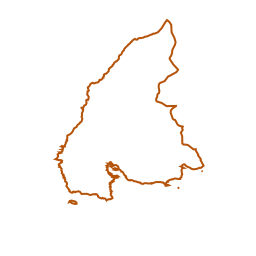 outline of Kaldrananeshreppur, Vestfirðir, Iceland, rotated 62°
{"feature_id": "244011B77106600698129", "entity_name": "Kaldrananeshreppur", "entity_type": "district", "adm_level": 2, "iso_a3": "ISL", "parent_name": "Iceland", "parent_adm1": "Vestfirðir", "projection": "orthographic", "projection_center": [-21.462, 65.822], "detail": "fine", "context": "isolated", "style": "outline", "palette": "amber", "viewbox_px": 256, "rotation_deg": 62, "n_neighbors": 0, "source": "geoboundaries", "source_scale": "gbopen_adm2", "svg_char_len": 5931}
<svg xmlns="http://www.w3.org/2000/svg" viewBox="0 0 256 256"><g transform="rotate(62 128 128)"><path d="M51.0,43.0L52.4,45.9L55.7,51.4L57.5,56.6L57.2,60.1L56.5,61.5L56.8,62.3L56.5,63.1L56.1,67.1L56.1,68.5L55.4,69.7L55.4,71.9L54.6,74.6L53.9,75.7L53.9,77.8L54.3,78.5L53.5,79.6L52.5,80.1L52.9,83.3L53.6,84.4L53.5,85.2L54.2,86.4L54.2,87.2L54.6,87.9L54.5,88.5L55.0,89.5L55.9,92.8L56.6,94.4L57.5,95.2L57.8,96.7L59.7,99.2L59.9,99.9L59.8,101.4L60.7,102.5L62.7,103.7L63.8,106.7L63.5,107.5L63.9,109.0L63.9,109.6L65.1,111.1L65.2,112.0L66.0,112.7L66.0,113.9L66.2,114.1L66.8,117.0L68.8,118.5L69.8,121.7L69.4,123.0L69.6,124.3L70.9,124.8L71.4,125.6L71.4,126.0L71.8,126.1L71.6,126.5L72.6,127.6L72.8,129.6L72.2,130.1L72.2,130.6L73.2,131.6L73.6,133.2L72.9,135.3L72.9,136.6L72.7,137.1L71.4,138.0L71.5,140.5L72.7,142.2L73.2,143.3L73.1,144.0L73.5,144.6L76.6,145.1L76.7,146.6L77.7,147.0L79.1,148.3L82.0,148.0L84.1,149.5L84.4,150.1L83.7,151.0L83.7,151.3L84.1,152.0L86.5,152.9L87.7,154.3L87.6,156.2L89.1,157.8L89.2,158.5L88.6,158.9L89.2,159.5L90.8,159.0L92.1,160.1L93.2,161.7L95.6,162.8L96.3,163.8L98.3,163.9L100.2,165.7L100.6,166.6L100.7,168.0L101.2,168.5L101.7,171.4L103.0,173.0L102.9,174.9L103.1,175.9L105.0,178.4L105.9,180.2L106.3,182.3L106.2,185.1L109.9,187.3L109.7,188.7L110.2,187.8L110.6,187.7L111.1,188.4L111.3,189.6L112.4,190.1L113.6,192.0L114.6,192.3L114.0,193.4L114.7,194.0L114.1,194.7L114.4,195.1L115.0,194.7L116.4,195.7L116.1,196.5L116.7,196.0L117.7,196.9L118.1,198.4L117.5,199.6L118.4,199.1L118.0,201.4L118.2,202.5L120.3,203.0L121.0,204.4L121.5,204.7L121.5,206.6L124.0,204.1L124.3,203.1L125.2,202.0L125.5,202.2L125.2,203.1L126.3,201.7L127.2,202.5L127.3,204.9L127.7,206.2L128.4,206.5L129.2,206.0L129.9,206.2L130.1,206.9L130.9,206.1L133.1,205.8L133.9,206.8L135.7,206.7L136.9,207.7L139.4,206.8L139.9,207.1L139.5,207.7L139.9,207.8L141.9,207.1L142.3,207.9L141.5,207.9L141.7,208.3L142.8,207.6L144.0,207.5L145.6,208.6L147.3,207.7L148.9,208.1L150.4,209.7L155.4,208.9L156.0,209.0L156.1,209.4L157.8,208.8L159.0,207.7L159.0,207.1L158.5,206.6L158.5,206.0L160.0,204.7L159.8,204.1L160.7,201.3L161.8,200.4L164.4,200.0L166.8,195.2L169.6,192.6L170.2,189.4L171.0,188.5L171.1,187.7L171.6,187.5L171.8,186.7L173.7,186.3L174.4,186.7L175.9,186.1L177.9,184.3L177.8,183.2L178.7,182.9L179.0,182.0L179.8,181.1L181.8,181.0L181.6,180.5L181.8,180.1L181.8,178.4L182.6,177.2L182.5,176.2L182.8,175.8L182.5,175.2L182.6,174.6L181.2,174.3L179.1,174.7L177.8,173.9L177.8,173.4L177.5,173.1L175.8,173.2L175.1,172.6L175.4,172.2L173.7,172.5L172.5,171.3L171.4,171.8L170.9,171.2L171.1,170.7L169.8,170.4L169.6,170.0L169.0,170.6L168.0,170.0L168.3,168.9L167.9,168.7L168.5,167.3L168.1,167.1L168.2,166.5L167.8,166.6L167.9,165.8L167.3,166.1L167.3,165.4L166.6,164.9L166.7,164.1L165.6,163.1L165.6,162.4L166.5,161.9L166.9,160.4L166.0,160.4L166.0,161.2L165.3,161.7L164.5,164.3L163.9,165.0L163.7,164.6L162.0,164.8L161.8,164.6L162.2,164.4L161.6,164.3L161.1,164.7L161.7,164.8L161.5,165.2L161.6,165.6L159.5,166.4L158.6,166.5L157.8,166.3L157.9,165.9L156.1,165.8L155.1,166.6L154.5,165.2L152.9,165.3L152.6,164.4L152.7,163.9L151.3,164.6L151.3,162.5L151.1,161.9L151.3,161.6L150.1,162.2L150.6,161.3L150.2,160.4L149.8,160.1L149.9,159.5L150.4,159.0L151.6,159.3L152.2,158.6L153.5,158.7L154.0,158.3L155.2,155.8L157.4,154.8L160.2,155.4L161.5,154.5L163.4,154.4L163.7,153.7L165.0,153.2L167.9,153.3L169.1,152.5L169.8,153.0L170.2,152.6L170.7,153.1L173.7,152.4L174.7,151.6L174.9,150.8L175.3,150.7L175.3,149.9L176.1,148.7L178.1,147.5L178.6,146.3L180.6,144.7L180.8,144.0L181.9,143.3L182.0,142.8L183.4,142.4L184.5,140.7L184.4,139.9L184.9,138.4L187.0,135.4L187.4,133.9L188.2,133.5L188.3,132.7L188.0,132.5L188.3,132.1L188.8,128.9L191.0,124.6L192.0,123.7L192.3,122.8L194.9,121.9L194.8,121.3L194.4,121.2L194.8,120.6L194.1,119.7L194.2,119.2L193.9,118.8L194.2,118.1L193.8,117.9L194.0,117.6L193.5,117.2L193.4,115.6L193.9,114.0L193.8,113.5L194.4,112.4L194.3,111.6L194.7,110.0L196.1,108.3L197.5,105.9L196.8,105.6L196.6,104.0L195.4,103.3L194.4,101.9L190.9,100.9L189.8,100.0L188.9,98.8L189.4,97.6L186.8,99.4L186.9,98.9L187.3,98.7L186.4,97.5L186.2,96.5L186.3,95.7L186.7,95.0L187.9,94.9L190.2,93.7L192.2,91.9L193.9,91.1L195.4,89.3L196.5,85.9L196.7,83.6L197.3,82.6L197.4,81.7L196.8,79.0L190.3,79.0L189.6,78.3L185.2,79.0L184.5,78.5L179.7,78.7L178.6,78.1L177.6,80.2L171.5,82.9L170.3,84.1L168.5,86.9L167.1,87.3L160.7,84.0L156.9,83.5L155.3,80.5L153.5,80.3L152.5,79.0L150.2,81.6L148.5,82.6L143.1,82.6L141.8,83.9L140.8,84.1L134.6,83.2L132.8,82.0L132.1,80.9L131.6,79.3L131.3,77.2L131.3,75.6L131.0,75.3L126.8,83.7L121.7,86.5L118.3,89.9L117.1,90.3L115.2,89.2L114.6,88.0L112.6,86.5L111.9,85.7L111.8,84.4L110.2,83.0L106.2,81.7L104.3,80.5L103.5,79.5L103.3,78.3L103.8,73.6L101.3,68.3L101.5,66.7L101.4,59.5L101.0,57.9L99.9,56.4L93.1,58.2L86.5,58.8L85.7,58.3L84.4,56.0L82.8,54.2L79.7,52.0L76.7,47.6L74.6,45.7L70.0,44.7L64.0,44.6L57.2,41.4L53.4,41.8L51.0,43.0ZM170.2,208.6L168.8,208.7L167.5,209.7L165.6,211.9L165.1,213.4L165.2,214.0L165.7,214.6L165.7,214.1L168.1,212.7L170.2,210.5L170.4,209.3L170.7,209.0L170.2,208.6ZM153.0,162.0L154.3,161.0L154.4,160.1L153.7,160.7L153.0,162.0ZM165.4,160.3L165.9,159.4L165.2,159.7L164.2,161.0L165.4,160.3ZM164.3,163.2L164.6,162.0L165.0,161.4L164.4,161.6L163.6,163.0L164.3,163.2ZM196.3,120.6L197.5,119.7L197.7,118.9L196.9,119.5L196.3,120.6ZM157.9,159.6L158.4,158.7L157.7,159.0L157.1,159.9L157.9,159.6ZM196.6,121.9L197.4,120.8L197.8,120.6L197.1,120.6L196.4,121.7L196.6,121.9ZM156.7,159.1L157.4,158.8L157.5,158.3L156.7,159.1ZM159.8,164.9L162.0,163.6L159.7,164.8L159.8,164.9ZM158.8,159.3L159.5,158.5L159.4,158.4L158.9,158.6L158.8,159.3ZM159.3,156.9L159.9,157.0L160.1,156.7L159.8,156.3L159.3,156.9ZM204.8,112.2L204.7,111.5L205.0,110.9L204.5,111.6L204.8,112.2ZM112.9,195.4L113.4,194.7L112.8,194.8L112.9,195.4ZM200.5,83.0L200.9,82.9L201.1,82.5L200.5,83.0ZM160.4,165.1L159.9,165.2L159.8,165.6L160.0,165.6L160.4,165.1ZM87.7,159.2L88.1,159.5L88.2,159.4L87.7,159.2Z" fill="none" stroke="#b45309" stroke-width="2"/></g></svg>